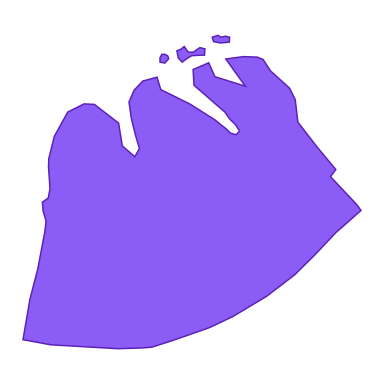 Dngronger, Palau (Mercator projection)
{"feature_id": "81905179B16593070408987", "entity_name": "Dngronger", "entity_type": "district", "adm_level": 2, "iso_a3": "PLW", "parent_name": "Palau", "parent_adm1": "", "projection": "mercator", "projection_center": [134.479, 7.344], "detail": "fine", "context": "isolated", "style": "filled", "palette": "violet", "viewbox_px": 384, "rotation_deg": 0, "n_neighbors": 0, "source": "geoboundaries", "source_scale": "gbopen_adm2", "svg_char_len": 1292}
<svg xmlns="http://www.w3.org/2000/svg" viewBox="0 0 384 384"><path d="M263.1,59.5L257.2,57.1L243.4,56.6L225.8,59.0L245.3,86.2L214.9,76.7L208.7,62.8L193.1,69.5L194.0,85.3L225.1,112.3L229.8,119.2L235.3,124.5L239.6,131.0L236.2,134.7L230.4,133.1L226.1,128.8L220.6,124.5L215.0,119.9L190.2,104.2L160.8,89.6L157.0,77.2L142.8,81.0L134.2,90.1L129.0,102.0L131.4,118.7L135.7,135.9L139.4,148.6L134.8,156.7L122.3,145.9L118.6,123.1L94.4,104.4L84.0,103.9L67.8,112.0L54.3,136.4L48.8,158.6L48.5,166.7L50.0,188.8L48.2,198.1L42.4,202.2L43.1,210.9L46.1,221.3L44.8,231.9L37.9,268.4L32.5,289.3L29.8,299.9L23.0,339.7L50.7,344.8L118.0,348.7L140.5,348.0L149.7,347.4L152.4,347.0L173.2,340.3L209.5,327.6L232.9,316.5L266.6,296.3L294.9,274.6L315.8,253.9L335.8,232.6L343.0,226.4L361.0,210.4L356.6,204.4L330.5,176.7L335.8,169.5L317.4,147.4L297.9,122.2L295.2,99.5L289.5,88.1L270.6,71.0L263.1,59.5ZM204.9,48.9L199.9,47.6L195.8,50.4L193.8,51.9L190.8,52.3L188.0,51.9L184.2,46.5L181.2,49.0L176.9,50.9L178.4,58.2L182.2,62.1L187.5,58.2L191.7,55.7L200.1,55.2L204.5,55.2L204.9,48.9ZM229.3,42.1L229.6,37.2L225.2,36.2L220.9,37.2L218.0,35.3L212.2,37.2L213.6,41.6L220.4,43.0L229.3,42.1ZM161.9,54.3L160.0,57.7L160.0,62.1L164.8,63.1L168.7,58.7L167.7,55.8L164.8,54.3L161.9,54.3Z" fill="#8b5cf6" stroke="#5b21b6" stroke-width="1.5"/></svg>